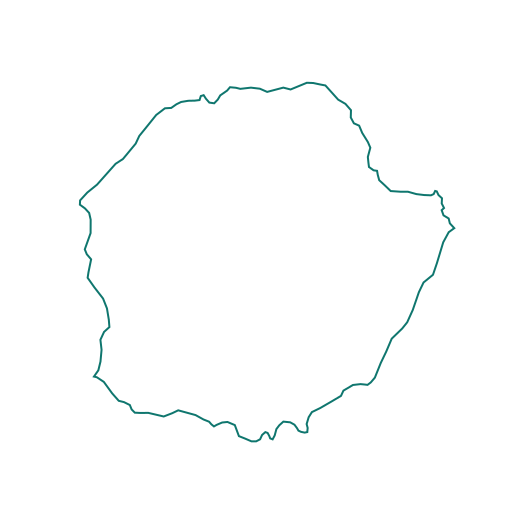 outline of San Antonio, Canelones, Uruguay, rotated 195°
{"feature_id": "84410073B59518744288297", "entity_name": "San Antonio", "entity_type": "district", "adm_level": 2, "iso_a3": "URY", "parent_name": "Uruguay", "parent_adm1": "Canelones", "projection": "natural_earth1", "projection_center": [-56.083, -34.423], "detail": "fine", "context": "isolated", "style": "outline", "palette": "teal", "viewbox_px": 512, "rotation_deg": 195, "n_neighbors": 0, "source": "geoboundaries", "source_scale": "gbopen_adm2", "svg_char_len": 2072}
<svg xmlns="http://www.w3.org/2000/svg" viewBox="0 0 512 512"><g transform="rotate(195 256 256)"><path d="M71.7,334.2L77.2,337.7L79.6,342.1L85.4,343.8L88.5,348.3L86.8,351.0L90.2,354.8L91.3,359.9L95.5,362.1L98.1,365.2L99.8,365.2L100.4,361.8L102.7,359.9L109.4,358.4L117.1,357.3L125.9,357.4L133.0,355.5L142.7,353.6L149.9,357.6L156.6,361.1L159.4,365.9L161.1,369.6L164.6,369.2L169.9,371.2L171.5,375.1L173.6,380.6L173.6,390.2L177.4,395.0L185.3,402.4L190.1,408.6L195.8,409.5L200.3,414.3L202.0,421.4L209.0,426.1L217.1,428.3L225.4,433.7L233.1,438.7L238.2,438.3L245.5,437.9L251.7,436.5L265.7,425.8L273.2,425.7L287.7,417.4L295.6,418.6L304.5,417.3L314.4,413.4L318.9,413.3L324.8,412.3L326.7,408.3L332.1,401.9L333.4,397.2L335.9,392.7L340.8,392.1L345.1,395.0L348.2,397.8L350.7,396.2L350.9,392.0L355.4,390.2L361.6,388.4L368.2,385.4L372.1,382.0L376.2,377.1L382.2,375.1L388.9,366.4L394.0,354.8L399.8,341.8L401.3,333.4L409.6,315.3L415.5,308.7L428.0,283.8L435.4,273.6L440.3,264.2L439.4,260.0L433.5,257.7L428.3,254.4L425.1,248.3L421.7,235.3L423.1,218.1L419.9,213.9L414.4,210.1L413.6,196.8L413.0,191.4L403.9,183.8L392.7,175.3L386.4,166.8L381.7,156.4L379.2,149.4L383.1,143.4L384.6,134.8L380.9,125.4L378.9,113.8L378.7,104.8L381.3,97.6L378.4,97.7L370.4,95.0L359.4,86.1L351.1,80.6L345.7,80.7L339.3,79.4L336.4,75.6L332.5,73.3L327.4,74.4L319.4,76.6L303.6,77.1L296.2,82.5L291.2,86.8L273.2,86.7L264.4,84.5L258.4,83.8L255.6,81.9L252.5,80.5L250.3,82.7L245.6,86.4L240.6,88.3L232.7,87.2L225.9,77.6L219.2,76.8L212.4,75.8L207.9,77.0L204.6,80.0L203.8,84.7L201.4,88.3L199.0,88.1L196.6,85.6L195.1,83.5L192.5,83.2L191.5,87.5L191.5,94.1L189.7,98.5L186.7,103.1L179.9,104.2L175.2,103.0L171.9,100.4L169.8,98.3L167.0,97.8L163.3,98.0L160.9,99.2L161.6,103.3L163.6,106.8L163.4,113.9L161.6,119.7L154.7,125.7L145.5,134.9L137.7,142.9L136.7,148.6L129.0,156.5L121.9,159.3L117.7,160.0L114.9,160.4L112.4,163.6L109.7,169.3L107.8,185.0L105.5,197.2L103.5,211.3L96.0,223.8L92.8,231.1L90.6,244.5L89.3,263.2L87.3,273.8L80.2,283.7L79.4,295.9L78.7,317.7L76.0,328.9L71.7,334.2Z" fill="none" stroke="#0f766e" stroke-width="2"/></g></svg>